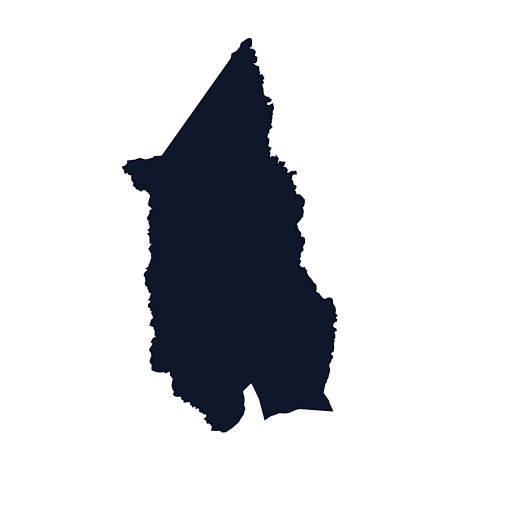 Aporé, Goiás, Brazil (Equal Earth projection), rotated 221°
{"feature_id": "56859067B20436307532870", "entity_name": "Aporé", "entity_type": "district", "adm_level": 2, "iso_a3": "BRA", "parent_name": "Brazil", "parent_adm1": "Goiás", "projection": "equal_earth", "projection_center": [-52.039, -18.806], "detail": "fine", "context": "isolated", "style": "filled", "palette": "ink", "viewbox_px": 512, "rotation_deg": 221, "n_neighbors": 0, "source": "geoboundaries", "source_scale": "gbopen_adm2", "svg_char_len": 6152}
<svg xmlns="http://www.w3.org/2000/svg" viewBox="0 0 512 512"><g transform="rotate(221 256 256)"><path d="M403.9,415.3L404.7,413.6L406.4,406.9L405.0,404.1L404.6,402.6L404.6,397.1L405.6,395.4L406.4,392.6L404.1,389.2L392.3,269.9L393.6,268.0L394.6,267.3L397.5,264.5L397.7,262.0L399.4,259.8L401.4,256.6L403.2,255.2L406.5,253.8L408.2,252.4L409.2,250.4L410.0,248.7L411.5,247.4L413.1,245.3L414.0,244.5L415.0,243.4L413.4,242.3L413.4,240.6L413.4,238.0L414.9,235.9L414.0,235.0L412.4,235.5L410.4,233.7L409.1,232.9L408.2,235.3L405.1,234.4L403.3,236.4L401.9,234.7L399.0,231.8L397.3,232.0L395.0,230.5L394.8,229.1L393.0,229.3L391.3,229.0L390.1,228.5L388.9,229.3L385.6,229.8L384.8,232.9L383.6,233.1L382.2,234.1L380.8,233.4L378.9,233.8L377.1,233.2L375.3,233.2L373.8,230.5L372.2,226.9L370.1,225.7L371.1,224.8L369.4,224.0L367.3,224.5L365.6,224.0L364.6,223.2L365.4,220.3L363.9,219.4L363.4,217.1L363.0,215.4L362.9,213.7L360.4,212.5L360.3,214.0L358.6,213.5L358.4,211.0L356.3,209.7L355.2,210.6L354.6,208.2L353.5,208.9L353.4,207.2L354.3,205.2L351.5,204.8L351.2,203.4L351.8,201.9L349.6,201.9L347.9,200.4L344.3,196.4L343.4,197.6L342.2,198.0L341.9,196.4L341.9,194.5L341.3,192.7L341.3,191.2L339.7,190.9L337.7,190.0L336.2,189.9L334.8,187.6L333.1,186.5L332.5,184.3L331.3,182.2L330.9,180.1L330.2,178.7L329.6,176.9L330.2,174.9L328.1,175.9L328.0,174.0L328.3,172.2L328.4,169.4L327.2,167.9L325.7,168.1L324.5,166.7L322.7,165.4L321.3,162.6L319.3,161.7L317.5,162.4L316.2,160.8L314.7,160.3L312.6,159.0L311.2,159.8L309.6,158.9L309.3,156.9L308.1,155.2L307.9,152.9L306.5,153.8L305.4,153.3L304.7,151.3L305.2,149.2L303.7,147.4L301.6,148.0L299.6,146.2L298.5,147.1L296.7,144.3L294.9,144.3L294.1,143.1L292.6,143.3L292.2,140.5L292.7,138.9L291.4,138.1L291.8,136.8L290.4,136.2L290.8,134.8L289.1,134.8L287.7,135.7L286.1,135.7L284.8,134.3L283.5,134.0L282.0,132.9L280.4,130.5L277.5,129.7L277.3,127.7L278.8,127.8L279.2,125.1L278.2,122.5L277.0,123.2L275.3,121.4L275.1,117.5L274.4,115.3L272.7,114.9L271.5,115.3L270.9,114.0L269.1,113.0L267.3,108.4L266.4,106.9L264.6,106.3L263.5,106.5L261.7,104.6L259.9,102.2L258.4,102.4L257.0,103.4L255.6,103.3L254.5,104.7L253.2,104.9L251.7,106.4L250.5,108.0L249.2,108.8L247.6,108.8L246.4,112.6L245.2,112.7L243.1,111.4L241.9,109.9L240.3,110.1L238.4,109.2L236.6,108.8L236.6,107.1L235.6,105.6L234.1,103.2L230.7,100.9L229.5,100.7L228.7,101.7L227.9,100.0L227.6,98.1L226.4,97.4L224.4,98.0L222.8,99.2L221.4,100.6L220.1,102.4L219.5,101.0L218.3,99.6L216.1,100.4L214.3,98.9L212.8,100.9L210.0,103.2L208.9,102.6L207.9,101.3L206.5,101.7L204.8,100.9L203.8,103.6L202.6,103.5L201.3,102.0L200.6,103.7L198.9,103.8L197.2,104.1L197.3,102.5L196.1,101.9L194.7,102.6L193.4,103.2L191.7,102.8L191.8,104.3L189.0,104.2L188.0,103.2L187.2,101.6L187.8,99.5L186.5,99.8L185.1,99.4L183.2,98.2L182.7,100.3L181.3,99.1L180.1,99.8L179.1,101.2L178.7,99.2L176.9,99.3L175.2,95.7L173.5,97.2L172.1,98.0L169.8,100.5L168.3,101.1L165.7,101.5L163.8,103.6L161.8,110.8L160.6,119.4L161.2,121.4L162.0,128.1L164.8,133.7L166.7,134.3L168.3,135.9L170.2,138.7L172.5,141.2L177.1,144.3L177.8,145.8L176.8,158.1L159.6,150.7L142.0,138.7L141.3,142.3L140.4,145.0L137.3,150.2L136.1,153.0L130.8,157.2L128.8,159.7L126.2,165.0L124.4,168.3L122.9,169.9L97.0,189.2L98.7,190.2L100.0,190.7L101.8,191.7L103.2,191.8L106.4,194.1L107.8,194.4L109.0,194.8L110.9,195.2L113.2,195.8L114.4,195.7L116.4,197.3L117.3,199.2L118.4,201.0L119.7,203.5L120.6,204.8L120.5,206.7L121.8,209.1L122.5,212.0L123.6,213.7L125.4,217.7L126.2,218.6L129.1,220.4L130.6,222.4L130.6,224.9L131.8,227.2L131.7,229.4L133.2,230.5L135.2,230.4L136.3,231.7L135.6,235.1L137.6,237.8L140.2,240.4L141.2,242.4L142.3,243.7L143.5,244.5L143.2,246.3L144.4,246.4L144.8,248.0L146.3,248.6L147.9,250.0L146.9,252.5L148.0,253.2L150.2,252.5L152.3,252.8L153.8,255.7L153.8,258.3L152.8,259.4L153.6,260.9L155.7,260.8L156.4,262.0L155.8,263.9L157.4,264.2L159.0,264.1L160.3,266.6L161.9,268.0L163.5,269.2L164.9,269.1L167.7,270.7L168.7,271.6L169.6,272.8L171.6,273.1L173.6,271.7L175.4,267.9L176.8,267.7L178.5,267.2L180.8,268.0L182.2,267.9L183.8,268.6L187.3,267.7L188.2,268.6L189.1,270.4L191.9,273.2L194.1,273.1L196.2,273.2L197.9,274.1L202.4,274.6L203.8,274.9L207.7,276.5L208.3,277.9L210.3,278.0L211.7,278.8L212.7,277.5L214.2,276.8L216.1,276.8L218.1,277.5L218.6,279.5L219.2,281.3L220.5,280.8L221.5,281.9L222.4,284.6L224.0,286.1L225.0,288.6L224.6,291.3L226.8,292.9L227.8,294.9L227.9,296.9L229.3,299.1L231.2,300.9L233.8,300.2L234.8,298.9L236.2,300.3L236.8,301.9L237.8,302.6L238.9,302.8L240.2,302.6L242.2,303.8L243.6,303.9L244.4,305.1L244.7,303.6L245.9,305.5L246.9,306.8L246.8,313.5L247.9,314.9L246.8,316.0L248.3,318.1L249.5,320.2L251.4,321.9L253.3,321.8L253.3,324.9L254.4,327.4L256.6,330.0L258.0,329.7L259.2,330.5L260.4,330.3L262.3,330.7L264.5,329.7L265.5,327.8L268.5,330.2L270.3,329.7L270.5,331.3L271.4,334.5L272.7,334.6L274.1,333.7L275.4,334.5L276.7,335.7L277.8,336.4L279.2,336.2L280.4,336.4L280.1,337.8L281.9,339.7L282.0,341.4L281.2,343.5L279.7,344.2L281.2,345.7L282.3,345.3L282.5,343.8L284.3,343.3L285.7,339.2L287.9,338.5L289.0,341.4L291.3,341.9L294.5,340.3L295.1,343.5L295.7,345.2L296.9,344.9L297.7,342.1L299.0,343.4L300.0,342.4L299.2,341.1L299.5,338.0L300.9,339.4L303.4,343.9L306.3,344.6L305.4,342.5L308.0,342.3L309.2,340.9L309.0,339.5L310.1,338.5L312.3,340.7L312.8,342.5L314.3,343.0L315.5,342.8L315.1,344.6L315.7,347.0L318.4,346.2L319.9,346.6L320.6,348.8L322.6,352.0L324.3,352.5L325.6,352.0L327.5,355.4L328.0,358.2L329.4,358.9L328.8,363.6L330.2,363.8L332.0,365.2L332.5,367.5L333.8,368.0L334.7,370.6L336.1,370.3L336.4,373.1L339.0,375.7L339.4,378.0L340.6,379.5L343.2,381.4L344.8,377.5L347.2,376.6L348.2,377.9L349.5,378.5L347.9,380.7L346.8,381.8L347.3,383.8L349.0,383.1L350.5,383.8L351.6,382.8L353.8,382.2L356.5,382.3L357.6,383.6L359.5,385.2L360.4,386.5L362.1,387.3L364.9,389.5L364.2,391.5L367.4,392.7L366.7,394.9L368.6,395.9L370.5,396.4L371.4,394.9L372.5,394.3L373.9,396.6L375.5,397.4L376.5,398.6L378.3,400.2L381.1,399.0L384.5,398.9L385.4,400.3L383.4,401.7L384.0,403.9L385.9,406.3L387.4,405.8L389.0,405.6L389.9,408.0L390.7,409.5L392.6,409.8L394.5,409.4L396.2,407.8L397.4,408.1L398.6,409.3L397.4,410.8L398.5,412.7L401.2,415.9L402.4,416.3L403.9,415.3Z" fill="#0f172a" stroke="#020617" stroke-width="1.5"/></g></svg>